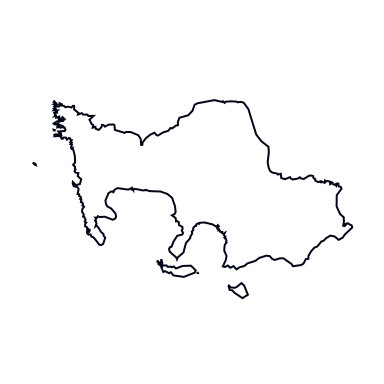 outline of Batangas, Batangas, Philippines, rotated 350°
{"feature_id": "2640588B63294043497895", "entity_name": "Batangas", "entity_type": "district", "adm_level": 2, "iso_a3": "PHL", "parent_name": "Philippines", "parent_adm1": "Batangas", "projection": "mercator", "projection_center": [120.815, 13.883], "detail": "fine", "context": "isolated", "style": "outline", "palette": "ink", "viewbox_px": 384, "rotation_deg": 350, "n_neighbors": 0, "source": "geoboundaries", "source_scale": "gbopen_adm2", "svg_char_len": 5898}
<svg xmlns="http://www.w3.org/2000/svg" viewBox="0 0 384 384"><g transform="rotate(350 192 192)"><path d="M80.8,84.9L78.9,84.3L79.0,83.0L77.7,82.1L78.0,83.0L76.5,82.8L76.9,84.0L75.6,84.9L74.4,84.1L73.9,81.8L71.4,81.9L72.7,82.9L72.4,84.1L71.5,84.1L72.3,85.3L70.6,85.8L71.7,86.6L70.2,87.5L73.6,88.2L72.3,88.8L73.0,89.3L72.9,90.4L70.1,90.1L70.5,91.7L69.6,91.8L70.9,91.9L70.9,92.6L69.9,93.4L71.3,93.3L71.1,95.2L74.4,94.7L74.2,96.5L72.6,97.0L73.5,97.0L73.3,97.6L75.3,97.7L77.5,95.8L79.3,98.3L77.4,99.3L77.0,98.8L76.9,99.6L71.0,99.1L67.6,100.6L68.6,101.7L72.2,101.4L71.8,102.2L74.1,103.4L70.9,103.6L70.5,105.0L72.2,104.8L73.5,105.9L74.7,105.4L76.3,106.1L76.5,105.4L77.8,106.4L78.2,108.6L77.3,109.8L70.9,109.2L71.7,110.6L73.0,110.9L73.1,112.6L67.4,111.5L65.4,112.1L68.0,112.1L68.7,113.0L67.7,113.4L71.0,113.9L74.0,113.5L72.1,114.2L72.9,116.9L74.0,117.1L74.6,116.1L77.3,116.5L78.0,118.7L80.4,117.4L81.3,118.1L81.3,119.4L82.6,120.1L80.7,122.0L82.0,122.6L80.8,123.9L82.0,124.4L80.4,127.6L81.1,128.5L81.6,127.8L82.1,127.8L81.3,128.8L82.4,129.5L82.9,136.2L82.0,142.7L79.6,144.6L81.2,146.8L80.7,148.5L81.3,149.5L79.9,151.0L80.7,152.7L83.4,153.7L82.2,156.4L85.1,160.3L82.9,164.8L78.9,165.0L76.4,161.5L76.0,163.1L76.6,165.7L80.1,167.4L80.9,169.3L79.0,174.1L80.5,174.7L80.2,176.4L81.5,177.4L81.5,179.0L80.7,179.5L81.7,180.4L80.8,182.7L82.1,183.2L82.6,185.0L81.8,186.2L83.1,187.7L81.0,189.8L80.3,192.4L81.5,195.4L80.5,197.3L81.5,197.7L82.4,200.6L81.2,202.5L82.6,203.7L81.3,204.9L80.7,207.2L82.6,208.6L82.0,211.6L83.5,210.4L84.7,211.7L83.5,212.5L84.0,213.0L83.4,213.7L82.0,213.4L81.7,214.9L82.7,216.0L84.8,216.2L85.2,218.6L86.9,219.2L89.4,223.6L88.8,224.1L89.5,223.8L91.5,227.8L93.4,228.5L95.5,227.7L98.6,221.9L97.4,219.8L97.5,218.1L95.4,215.4L93.4,210.3L92.1,208.4L91.1,209.0L92.4,206.5L92.3,203.9L91.0,203.1L92.7,203.5L91.9,202.8L93.3,201.4L92.6,200.5L93.9,200.7L95.1,199.5L96.4,200.6L101.9,201.2L109.1,205.6L111.9,204.7L113.0,202.9L112.9,199.9L109.5,194.1L106.1,191.5L105.2,189.0L105.3,185.3L109.5,178.7L112.4,177.5L113.9,177.7L113.8,177.8L114.1,178.0L114.4,178.6L114.5,178.6L116.1,176.4L119.2,175.2L129.7,178.6L132.2,177.8L133.1,179.1L133.8,177.8L134.6,179.7L134.7,179.0L136.5,179.0L144.1,182.0L147.1,182.1L147.3,183.0L147.3,182.2L150.9,183.9L161.0,186.0L167.5,189.7L171.4,194.3L172.8,203.2L172.4,208.8L171.0,210.7L168.2,211.5L171.3,214.7L171.2,218.2L172.3,218.1L173.7,219.3L173.5,222.4L176.4,224.5L176.4,226.5L175.2,227.9L176.1,230.7L175.0,232.2L169.8,232.6L165.3,237.5L162.3,242.4L160.9,242.4L159.5,244.0L159.7,246.9L165.1,253.8L165.5,255.7L166.6,253.9L173.0,250.2L177.2,241.2L182.4,237.0L182.5,235.8L185.1,232.7L184.9,231.1L186.7,229.6L186.9,227.7L188.8,226.1L190.1,226.1L190.4,225.2L191.2,225.7L190.7,225.1L191.4,224.2L193.2,223.9L193.5,224.5L194.5,223.7L196.3,223.9L196.4,224.5L196.5,223.9L199.0,224.2L204.0,226.3L204.8,226.8L204.1,227.5L204.8,226.8L206.4,227.3L210.1,230.5L211.7,229.1L212.5,230.5L211.2,231.1L211.7,232.0L211.1,231.2L210.5,232.3L211.7,233.1L211.5,234.1L212.3,233.7L212.9,236.1L214.7,236.5L214.2,237.3L215.6,238.6L217.1,238.0L215.9,239.6L217.1,242.0L216.0,242.6L216.8,243.6L216.5,244.6L216.9,243.6L217.3,244.1L217.5,246.1L216.8,247.1L217.2,247.8L215.2,249.5L214.2,252.5L213.6,252.3L214.2,252.5L213.6,255.4L214.9,261.1L213.5,264.8L209.5,270.6L211.4,271.6L214.5,270.6L216.6,273.3L220.0,272.2L222.4,275.9L226.1,274.3L230.6,274.0L234.3,271.9L242.2,270.9L246.8,268.6L254.1,267.6L257.5,268.7L259.3,271.8L261.7,273.3L266.7,272.6L270.4,273.1L277.5,280.2L278.5,282.6L286.6,282.9L289.3,281.9L292.4,277.9L295.0,278.0L295.6,275.1L299.1,271.0L302.9,268.0L306.0,267.4L310.6,263.3L313.2,262.8L316.3,260.6L320.8,259.0L324.8,260.6L328.1,264.6L332.6,263.0L335.0,260.5L343.6,254.8L343.5,252.7L339.6,249.7L337.2,250.3L337.9,251.0L336.3,252.0L335.0,251.5L336.5,247.6L337.0,243.2L337.8,242.9L336.9,243.1L334.0,239.4L331.9,231.2L334.0,220.3L339.8,214.7L339.3,212.7L337.3,211.8L337.6,209.1L336.2,208.8L335.1,210.8L334.4,209.2L333.1,209.5L331.0,207.6L329.4,208.2L329.5,207.1L331.2,206.7L327.3,204.5L325.7,205.1L325.0,203.9L324.1,206.0L321.0,203.8L320.5,204.8L319.5,203.9L318.1,204.2L315.4,202.3L315.6,200.7L314.2,199.6L314.0,197.3L312.0,196.4L310.1,196.3L304.3,198.6L301.4,197.4L300.7,196.2L298.7,197.1L293.5,197.2L291.5,195.7L291.2,194.4L285.7,195.5L282.3,193.7L282.6,189.5L279.6,189.7L279.2,188.7L274.6,186.9L272.7,185.1L271.7,181.4L271.7,175.8L274.5,166.5L275.2,160.8L269.1,154.0L265.2,146.5L261.9,120.1L258.5,113.2L256.1,111.8L252.3,111.5L251.3,110.6L246.2,109.5L240.7,108.9L239.7,109.9L238.2,108.1L237.8,108.7L230.0,105.4L212.5,105.6L209.6,106.7L206.6,112.1L201.6,115.8L192.5,116.7L190.2,120.7L189.7,123.8L187.8,123.8L183.5,125.9L182.0,125.2L179.3,127.6L173.5,128.4L168.4,130.5L166.9,129.8L165.4,127.1L160.9,128.3L156.1,130.9L151.9,134.7L151.3,136.9L150.1,136.9L150.7,130.7L148.9,126.7L142.0,122.3L137.5,121.4L135.9,122.1L126.9,117.5L127.2,112.5L126.2,111.8L121.5,111.2L117.6,112.5L116.7,111.0L115.1,110.3L114.0,112.5L110.9,114.7L108.1,112.9L108.2,111.1L105.4,111.4L106.4,109.0L105.0,107.7L103.6,103.0L108.3,99.9L103.1,99.2L102.5,97.6L98.3,96.9L97.2,95.2L93.2,95.9L94.0,94.5L90.3,90.2L90.9,86.7L89.7,86.5L87.9,87.8L84.7,86.4L82.0,86.5L80.8,84.9ZM146.4,254.1L145.1,254.6L146.6,254.8L146.5,257.4L148.4,259.0L149.8,265.7L151.7,265.3L155.4,268.0L157.2,267.3L159.2,270.9L169.2,274.2L180.6,271.9L182.0,269.8L178.2,264.4L170.0,263.2L163.0,264.5L161.0,262.2L159.1,262.6L158.2,261.8L155.2,261.6L154.2,260.0L149.4,259.0L146.4,254.1ZM227.1,293.2L224.9,290.3L219.4,293.4L217.1,293.7L213.6,292.7L212.2,290.5L211.6,291.2L212.1,294.9L214.8,296.0L216.1,298.4L223.3,305.3L229.2,302.9L227.1,293.2ZM150.0,252.8L149.3,256.4L150.0,258.4L150.5,256.2L150.0,252.8ZM40.4,135.3L41.5,137.4L42.9,138.4L42.8,137.3L40.4,135.3ZM72.1,78.7L71.3,79.6L73.6,81.4L73.5,80.8L72.1,78.7ZM66.5,106.6L66.5,107.2L67.5,107.6L67.7,107.2L66.5,106.6ZM183.6,272.5L182.5,272.6L183.7,272.8L183.6,272.5Z" fill="none" stroke="#020617" stroke-width="2"/></g></svg>